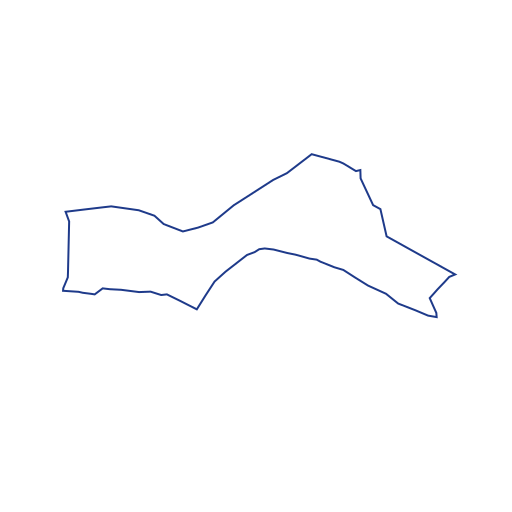 Tulus, Southern Darfur, Sudan, rotated 210°
{"feature_id": "16777658B64128341044045", "entity_name": "Tulus", "entity_type": "district", "adm_level": 2, "iso_a3": "SDN", "parent_name": "Sudan", "parent_adm1": "Southern Darfur", "projection": "albers", "projection_center": [24.908, 11.261], "detail": "fine", "context": "isolated", "style": "outline", "palette": "blue", "viewbox_px": 512, "rotation_deg": 210, "n_neighbors": 0, "source": "geoboundaries", "source_scale": "gbopen_adm2", "svg_char_len": 1065}
<svg xmlns="http://www.w3.org/2000/svg" viewBox="0 0 512 512"><g transform="rotate(210 256 256)"><path d="M82.8,289.7L77.2,290.4L69.0,293.4L71.4,296.9L78.6,302.1L84.5,306.4L83.2,312.5L82.1,317.9L79.7,327.7L78.2,334.5L74.3,339.6L152.7,338.3L171.7,358.8L180.0,358.6L204.2,375.5L208.6,382.6L211.9,379.5L226.6,379.8L229.5,379.5L231.1,379.3L258.7,372.0L270.6,343.3L279.2,330.4L295.1,299.5L300.6,288.9L310.2,263.5L320.4,251.6L331.6,240.7L351.9,237.5L364.1,240.1L380.4,237.0L406.2,226.6L413.1,221.5L428.1,210.3L443.0,199.1L435.1,192.5L410.9,148.3L408.3,143.4L407.3,135.7L406.8,131.7L405.7,129.4L391.7,136.3L387.7,137.5L379.6,140.9L376.5,142.1L372.6,151.3L365.9,154.2L355.9,159.3L339.2,166.3L329.5,172.4L318.6,174.8L314.0,178.2L299.4,179.2L280.6,180.2L280.0,196.6L279.1,213.2L274.5,227.3L264.3,252.4L259.1,258.7L256.6,263.5L252.2,266.9L244.0,270.4L230.5,274.2L222.8,276.8L219.5,277.7L208.4,280.5L201.6,283.2L197.3,283.3L182.6,285.4L173.4,287.6L159.1,286.9L144.2,286.4L124.5,288.3L109.1,285.9L90.8,288.7L82.8,289.7Z" fill="none" stroke="#1e3a8a" stroke-width="2"/></g></svg>